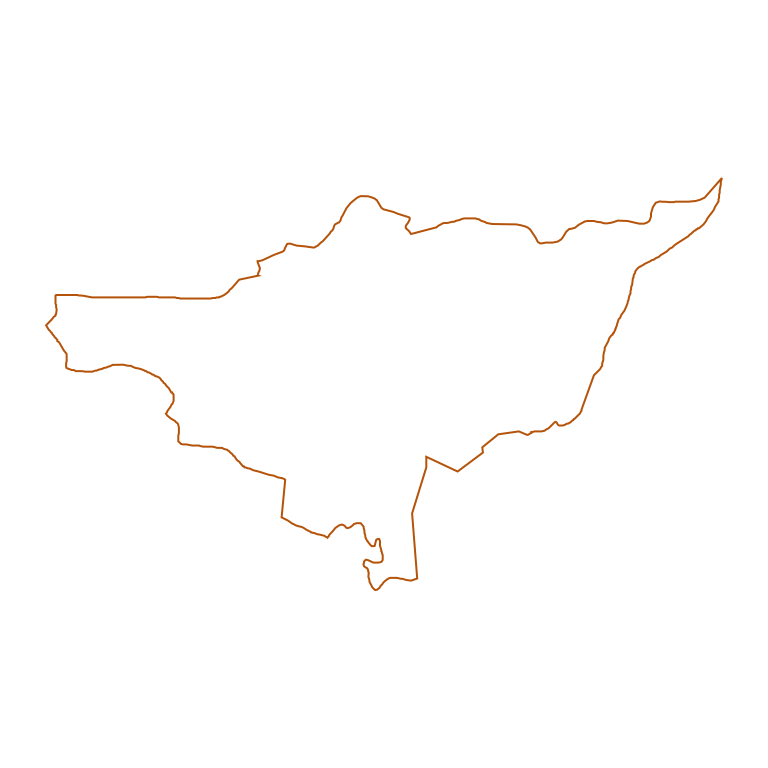 the district of Tibas, San José, Costa Rica
{"feature_id": "36466004B13959019821859", "entity_name": "Tibas", "entity_type": "district", "adm_level": 2, "iso_a3": "CRI", "parent_name": "Costa Rica", "parent_adm1": "San José", "projection": "orthographic", "projection_center": [-84.08, 9.956], "detail": "fine", "context": "isolated", "style": "outline", "palette": "amber", "viewbox_px": 768, "rotation_deg": 0, "n_neighbors": 0, "source": "geoboundaries", "source_scale": "gbopen_adm2", "svg_char_len": 6084}
<svg xmlns="http://www.w3.org/2000/svg" viewBox="0 0 768 768"><path d="M581.5,409.7L593.9,375.3L600.2,369.0L601.0,367.3L602.2,365.8L602.2,363.4L603.3,360.1L603.4,355.4L604.0,352.1L604.5,351.0L604.8,347.6L608.2,341.4L609.3,338.1L611.2,335.6L612.8,334.5L612.8,333.4L613.8,332.9L614.6,330.9L615.2,330.3L615.2,329.1L615.8,328.5L615.9,327.5L616.8,325.8L616.9,324.7L618.7,319.2L620.1,317.8L621.4,314.8L624.5,310.5L626.3,306.4L627.5,303.4L627.9,301.2L628.7,299.5L628.7,298.3L629.5,295.4L630.5,293.5L630.5,291.2L631.1,289.0L631.2,286.7L632.1,285.0L632.9,278.2L633.5,277.6L633.7,275.3L635.1,272.7L635.2,271.6L636.9,269.1L639.5,266.7L640.6,266.6L641.4,265.8L643.6,264.8L644.4,264.0L649.7,261.5L651.7,260.2L653.9,259.6L655.7,258.2L659.0,256.8L660.5,255.2L666.6,251.6L669.9,248.5L672.0,247.6L674.3,245.4L676.8,243.6L688.4,236.2L689.6,234.7L690.6,234.2L694.5,230.6L695.6,230.4L696.2,229.4L697.3,229.1L697.8,228.3L699.0,228.3L703.5,224.4L705.7,221.6L707.8,217.8L713.2,210.8L714.2,209.1L714.9,207.1L718.5,201.5L718.5,199.2L719.0,198.2L719.1,194.7L719.7,192.6L719.7,190.2L720.8,184.6L720.8,182.2L721.9,178.0L704.7,197.6L700.0,199.8L695.6,201.0L688.1,201.7L675.3,201.7L673.9,202.1L668.6,202.1L666.3,201.8L661.8,201.7L659.9,201.4L655.7,202.8L652.9,207.1L651.0,213.4L651.0,216.4L649.9,219.9L649.1,221.1L647.3,222.5L643.9,223.7L639.3,223.7L627.6,221.0L617.9,220.6L612.2,222.5L607.8,223.3L604.1,223.3L600.5,222.2L596.8,221.8L593.9,221.0L587.9,221.0L585.0,221.4L579.0,224.6L574.9,227.8L570.7,228.9L569.2,229.0L566.1,231.9L563.1,236.9L561.3,239.3L557.7,241.6L552.6,242.6L545.8,242.6L542.3,243.3L540.0,243.3L537.8,241.9L535.5,237.4L530.1,229.4L528.1,227.8L525.5,226.5L520.7,225.2L516.3,224.4L492.1,224.0L486.4,222.9L485.3,222.1L481.8,221.0L479.8,220.0L479.4,219.5L475.2,218.4L463.9,218.4L461.9,219.1L461.2,219.1L460.0,219.9L455.7,220.9L454.4,221.7L452.1,221.8L447.8,222.9L443.3,223.1L438.8,225.5L436.3,227.4L411.0,234.0L409.1,231.2L405.7,228.0L405.9,225.6L407.9,223.0L409.5,220.1L409.8,218.3L409.4,217.6L408.1,217.0L397.6,213.7L393.6,212.0L383.4,209.3L381.3,207.7L376.7,200.0L375.7,199.5L375.1,198.8L372.1,197.5L368.1,196.3L360.9,196.1L358.6,196.9L356.6,198.1L350.5,203.1L346.4,208.3L342.6,215.6L341.5,217.2L340.4,220.7L339.0,222.5L337.7,222.9L334.9,224.5L334.1,226.1L333.5,228.4L332.5,230.2L330.7,231.9L329.5,233.8L322.8,241.2L321.0,242.5L317.9,245.5L314.3,247.5L312.9,247.5L305.2,246.4L296.6,245.6L290.4,243.7L288.0,243.7L287.1,244.0L284.9,248.3L284.2,250.4L282.7,251.6L273.7,255.0L262.3,260.3L259.1,261.1L257.6,261.1L257.7,262.4L259.9,268.1L259.5,270.5L258.6,272.2L257.9,274.4L257.9,275.4L258.4,275.6L239.1,279.7L232.2,287.7L229.5,290.0L229.0,291.0L227.3,292.7L224.5,294.8L220.5,296.8L219.4,296.8L218.8,297.4L216.4,297.5L215.4,298.0L213.0,298.0L210.7,298.5L180.0,298.5L179.0,298.0L176.6,298.0L175.6,297.5L174.4,297.4L159.1,297.4L156.8,296.8L147.4,296.8L145.2,297.4L92.0,297.4L83.0,295.7L78.4,295.4L77.4,295.0L56.1,295.0L55.5,295.6L55.5,303.8L56.1,304.9L56.1,307.2L56.7,309.4L56.1,314.0L55.5,314.5L55.5,315.7L53.8,316.8L51.9,319.3L46.1,325.3L48.9,330.0L49.9,330.7L51.2,332.6L52.0,333.1L52.3,334.0L54.3,336.3L54.7,337.3L55.5,337.8L57.3,339.9L57.3,341.1L59.2,342.4L63.7,350.3L66.6,353.9L66.7,361.0L66.1,363.2L66.1,366.7L66.4,367.8L67.4,368.4L71.7,370.0L74.1,370.1L75.7,371.1L82.8,371.2L85.1,371.7L92.2,371.7L95.4,370.6L96.6,370.6L99.3,369.4L100.5,369.4L101.5,368.9L102.6,368.8L103.2,368.2L104.3,367.9L106.5,367.5L108.5,366.5L109.7,366.4L112.6,364.9L123.1,364.7L127.6,365.7L131.1,365.9L133.0,367.0L136.3,368.2L137.5,368.2L140.9,369.1L144.1,370.3L145.1,371.0L146.2,371.2L147.7,372.3L148.8,372.4L151.4,373.8L152.3,374.6L153.4,374.7L154.3,375.2L155.0,376.0L157.3,376.6L159.3,377.6L160.7,379.0L161.2,380.0L163.0,381.7L163.4,382.6L165.3,384.1L166.5,385.9L168.9,388.3L171.2,392.3L172.2,392.4L172.4,393.4L173.3,393.9L173.6,394.9L173.6,400.9L172.4,403.9L171.6,404.4L170.7,406.5L167.4,411.0L167.1,412.1L165.9,413.6L167.2,415.5L170.8,418.5L174.9,420.9L175.6,421.8L177.7,423.5L178.1,424.3L178.9,427.5L178.9,433.4L178.3,435.5L178.3,441.4L180.1,442.9L180.7,443.8L182.8,444.4L186.3,444.4L192.0,445.5L199.1,445.5L200.1,446.0L203.4,446.7L212.9,446.7L217.3,447.9L222.0,447.9L224.1,449.0L227.3,449.8L228.0,450.6L229.0,451.1L230.6,452.8L232.4,454.2L233.4,455.8L234.4,456.2L236.2,459.1L237.8,460.8L238.9,461.4L242.8,466.2L243.9,466.3L244.4,467.4L245.6,467.4L247.7,468.3L249.9,468.6L253.1,470.2L258.8,471.6L268.9,474.8L273.6,475.6L277.9,477.4L282.4,478.2L284.5,479.2L285.2,479.8L281.6,517.4L287.7,520.4L292.2,523.6L293.5,524.0L294.8,524.9L296.5,525.6L299.8,526.6L300.7,526.6L303.3,527.7L306.7,529.9L310.9,532.0L311.1,532.4L314.8,533.2L317.4,534.3L318.4,534.3L324.4,535.8L326.0,536.9L327.3,537.2L327.5,537.6L328.7,536.3L329.5,534.6L332.5,531.5L335.3,528.0L338.9,525.5L341.2,524.7L342.6,524.7L344.7,525.8L346.1,527.6L346.9,528.0L348.3,528.0L350.5,527.1L353.0,525.1L353.7,524.2L354.9,523.7L356.8,523.2L360.7,523.2L363.6,526.6L363.7,528.1L364.3,529.9L364.6,533.7L365.1,534.5L365.5,537.7L367.0,540.6L367.4,540.8L367.5,541.3L370.4,545.0L371.8,546.2L374.6,546.0L376.2,539.9L377.7,538.9L379.1,539.0L380.0,541.1L380.0,545.9L381.3,549.9L381.3,551.3L381.7,551.7L382.0,553.3L382.7,555.0L382.7,559.9L381.7,561.6L380.1,562.3L378.3,562.6L373.4,562.6L367.7,560.0L365.8,559.7L364.1,561.4L363.8,563.6L363.4,564.2L364.1,566.3L365.5,567.4L366.8,568.0L367.6,568.9L368.2,570.6L368.2,571.6L368.7,572.3L368.4,577.1L369.1,578.7L369.6,582.0L372.4,587.4L374.9,589.9L375.3,590.0L377.1,589.7L379.4,587.9L380.9,585.5L382.0,584.6L383.7,582.2L386.5,579.8L389.3,578.1L390.2,577.9L397.0,577.9L401.1,578.8L402.5,578.8L406.4,580.0L410.1,580.5L411.5,580.5L417.2,578.5L412.1,513.4L426.3,467.4L426.3,456.8L457.6,471.5L482.9,452.6L482.3,447.3L498.3,434.3L518.9,431.4L527.1,434.9L528.3,434.7L530.2,433.4L531.3,433.1L531.3,432.0L532.5,432.0L534.6,431.4L541.7,431.4L544.9,430.6L545.6,429.8L548.7,428.2L554.6,422.3L555.6,421.9L556.6,422.4L558.0,424.9L559.1,425.5L562.6,425.5L564.8,424.9L566.7,423.7L567.9,423.7L570.5,422.3L572.2,420.6L573.2,420.2L573.6,419.2L574.6,418.8L580.0,413.4L580.9,411.5L581.5,410.9L581.5,409.7Z" fill="none" stroke="#b45309" stroke-width="2"/></svg>